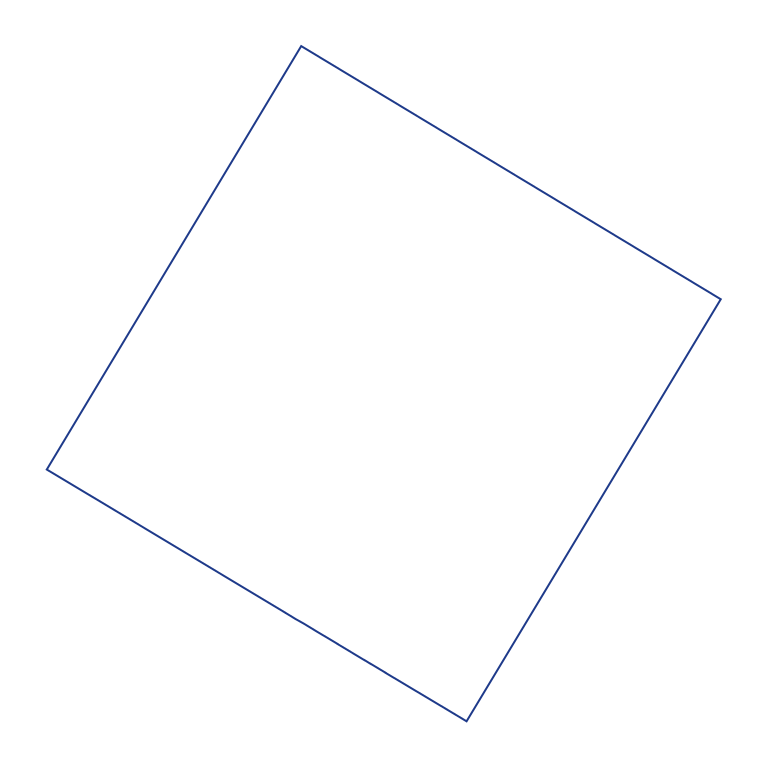 Lipscomb, Texas, United States of America, rotated 211°
{"feature_id": "52423323B40527291934066", "entity_name": "Lipscomb", "entity_type": "district", "adm_level": 2, "iso_a3": "USA", "parent_name": "United States of America", "parent_adm1": "Texas", "projection": "mercator", "projection_center": [-100.37, 36.278], "detail": "fine", "context": "isolated", "style": "outline", "palette": "blue", "viewbox_px": 768, "rotation_deg": 211, "n_neighbors": 0, "source": "geoboundaries", "source_scale": "gbopen_adm2", "svg_char_len": 502}
<svg xmlns="http://www.w3.org/2000/svg" viewBox="0 0 768 768"><g transform="rotate(211 384 384)"><path d="M139.5,137.4L139.0,630.1L144.8,630.1L629.0,631.0L629.0,137.0L626.0,137.0L548.6,137.1L466.8,137.1L350.7,137.1L350.4,137.0L350.2,137.1L338.6,137.0L329.4,137.3L313.8,137.2L289.8,137.3L289.8,137.2L258.4,137.2L258.4,137.3L251.5,137.2L251.5,137.3L240.1,137.3L233.8,137.3L233.8,137.2L161.0,137.4L153.7,137.4L153.6,137.5L152.9,137.4L139.5,137.4Z" fill="none" stroke="#1e3a8a" stroke-width="2"/></g></svg>